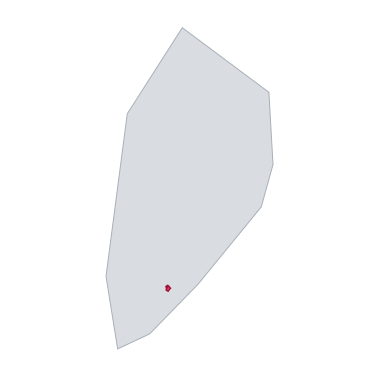 Almondale, Castries, Saint Lucia shown in context, rotated 185°
{"feature_id": "8701671B18648215649765", "entity_name": "Almondale", "entity_type": "district", "adm_level": 2, "iso_a3": "LCA", "parent_name": "Saint Lucia", "parent_adm1": "Castries", "projection": "orthographic", "projection_center": [-60.96, 14.019], "detail": "fine", "context": "in_parent", "style": "filled", "palette": "rose", "viewbox_px": 384, "rotation_deg": 185, "n_neighbors": 0, "source": "geoboundaries", "source_scale": "gbopen_adm2", "svg_char_len": 1132}
<svg xmlns="http://www.w3.org/2000/svg" viewBox="0 0 384 384"><g transform="rotate(185 192 192)"><path d="M263.3,264.3L216.0,354.8L124.1,298.0L113.7,226.5L121.7,183.2L178.0,100.6L221.8,47.0L252.4,29.2L270.3,100.5L263.3,264.3Z" fill="#d9dde1" stroke="#a8b0b8" stroke-width="1"/><path d="M206.9,91.5L206.6,91.9L205.7,93.6L205.0,94.2L205.0,94.3L206.1,94.9L206.2,95.2L206.3,95.2L206.4,95.3L206.4,95.5L206.5,95.8L206.8,96.0L207.9,96.8L208.0,96.8L208.0,96.7L208.3,96.5L208.5,96.6L208.8,96.5L208.8,96.4L209.0,96.2L208.9,96.1L208.7,96.0L208.6,95.9L208.5,95.7L208.8,95.6L208.9,95.8L209.0,95.8L209.3,95.8L209.3,95.7L209.5,95.7L209.7,95.4L209.7,95.2L209.4,95.1L209.2,95.1L208.9,95.0L208.7,94.9L208.6,94.7L208.8,94.6L209.0,94.5L209.1,94.4L209.0,94.2L208.9,94.2L208.7,94.2L208.8,94.0L208.7,94.0L208.8,94.0L208.8,93.9L208.8,93.7L208.9,93.4L209.0,93.3L209.0,93.2L209.1,92.9L209.1,92.7L209.1,92.4L209.0,92.2L208.9,92.0L208.9,91.9L208.7,91.9L208.4,91.9L208.2,91.8L208.2,91.7L207.9,91.6L207.8,91.4L207.7,91.2L207.4,91.1L207.3,90.9L207.3,91.0L207.2,91.0L207.0,91.3L206.9,91.5L206.9,91.5Z" fill="#f43f5e" stroke="#9f1239" stroke-width="1.5"/></g></svg>